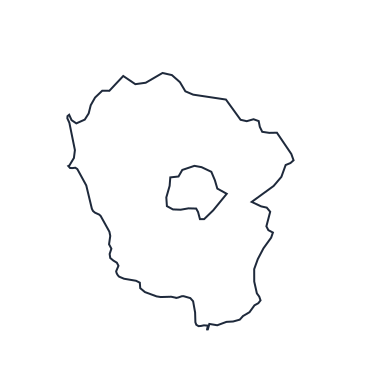 an SVG outline of Baranya, rotated 61°
{"feature_id": "HUN-3155", "entity_name": "Baranya", "entity_type": "County", "adm_level": 1, "iso_a3": "HUN", "parent_name": "Hungary", "parent_adm1": "", "projection": "albers", "projection_center": [18.29, 46.076], "detail": "fine", "context": "isolated", "style": "outline", "palette": "slate", "viewbox_px": 384, "rotation_deg": 61, "n_neighbors": 0, "source": "natural_earth", "source_scale": "10m", "svg_char_len": 1760}
<svg xmlns="http://www.w3.org/2000/svg" viewBox="0 0 384 384"><g transform="rotate(61 192 192)"><path d="M109.3,287.6L109.3,286.3L105.0,278.8L98.6,274.1L72.0,265.7L67.1,265.3L65.3,264.1L64.9,262.0L70.8,262.5L75.9,259.9L76.7,250.7L73.2,244.3L67.0,238.5L62.4,231.0L59.9,221.4L63.4,215.2L57.2,195.9L70.2,189.3L74.0,179.5L73.6,160.1L80.0,152.9L90.1,149.3L100.7,149.0L107.4,143.8L127.6,117.5L152.4,114.5L156.6,109.8L158.2,102.9L162.3,99.3L167.9,101.1L173.4,101.4L177.7,95.8L181.3,89.0L206.9,86.7L213.5,87.8L214.4,91.9L213.8,97.0L222.1,106.5L226.3,117.7L229.6,144.6L238.1,138.5L241.9,134.2L247.2,133.2L258.1,143.6L262.4,143.7L266.7,140.9L270.3,144.9L275.9,156.8L282.6,167.0L289.6,175.0L300.5,181.0L312.1,184.4L316.1,183.9L320.0,184.6L321.4,187.9L321.4,192.3L325.0,200.0L325.2,207.5L326.8,212.1L325.2,218.8L322.3,224.8L320.8,234.5L315.8,240.8L320.4,245.3L320.5,245.3L319.4,245.4L316.6,242.8L314.4,246.2L313.5,249.1L312.5,251.3L310.2,252.6L307.6,252.2L298.9,247.7L288.1,244.0L284.0,244.9L279.0,249.9L278.2,251.5L277.6,255.2L277.0,257.2L276.7,257.3L273.5,261.0L268.7,270.3L266.1,273.6L256.7,281.7L251.0,283.9L246.0,281.6L242.5,284.0L234.9,293.5L230.7,296.8L229.1,297.2L227.6,297.3L226.1,297.2L224.6,296.8L220.9,292.1L217.4,292.0L213.9,294.0L210.1,295.5L206.3,294.1L202.5,290.0L197.5,289.9L190.8,284.8L186.7,283.5L168.7,283.5L166.8,284.1L163.0,286.9L160.6,287.8L158.1,287.7L135.0,281.3L119.9,281.2L116.3,281.2L114.2,282.3L113.2,284.8L111.9,287.0L109.3,287.6ZM219.6,198.2L221.6,194.5L218.3,182.3L210.4,162.5L201.3,168.2L192.9,166.3L183.7,165.3L174.9,171.6L170.3,177.2L168.0,189.8L171.9,196.3L168.7,203.9L175.8,208.6L184.3,217.1L192.2,220.8L198.0,217.1L202.0,210.5L204.6,203.0L208.5,196.4L212.4,196.4L219.6,198.2Z" fill="none" stroke="#1e293b" stroke-width="2"/></g></svg>